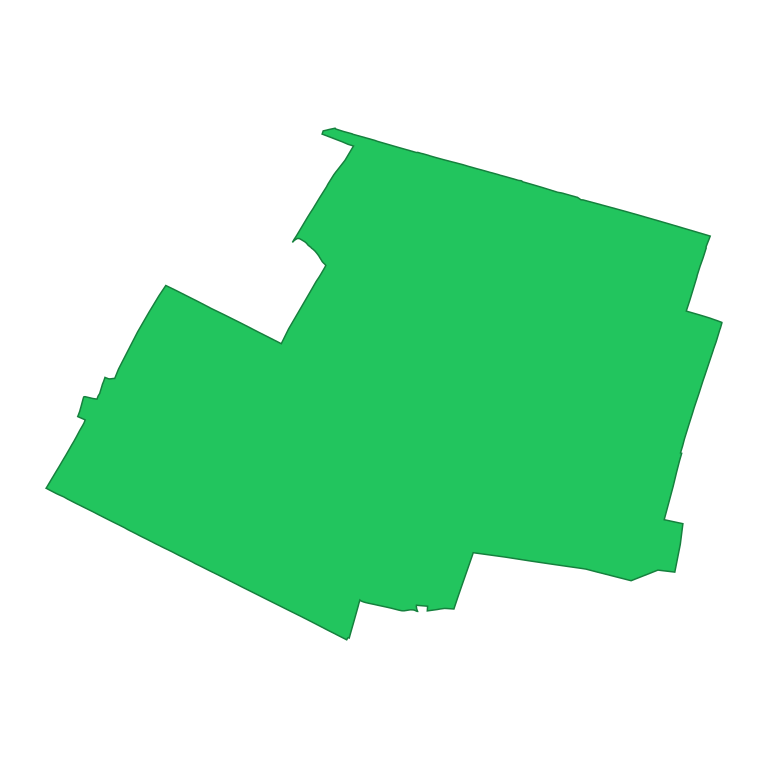 the district of Teslui, Dolj, Romania
{"feature_id": "2599482B26570302322271", "entity_name": "Teslui", "entity_type": "district", "adm_level": 2, "iso_a3": "ROU", "parent_name": "Romania", "parent_adm1": "Dolj", "projection": "equal_earth", "projection_center": [24.149, 44.204], "detail": "fine", "context": "isolated", "style": "filled", "palette": "green", "viewbox_px": 768, "rotation_deg": 0, "n_neighbors": 0, "source": "geoboundaries", "source_scale": "gbopen_adm2", "svg_char_len": 4322}
<svg xmlns="http://www.w3.org/2000/svg" viewBox="0 0 768 768"><path d="M674.8,572.1L680.3,544.3L682.9,523.7L664.2,519.7L668.7,503.0L673.2,486.2L676.6,472.1L679.5,460.9L681.7,453.3L680.5,452.9L682.6,446.0L684.4,439.1L688.9,424.6L692.6,412.9L694.1,407.9L698.9,393.6L703.0,380.7L705.0,374.9L713.1,350.6L713.5,349.2L716.1,341.9L716.9,339.3L719.9,329.4L720.3,328.5L721.9,322.9L721.7,322.8L721.8,322.5L721.8,322.4L720.5,321.9L718.1,321.0L717.0,320.6L714.1,319.6L712.1,318.9L710.5,318.3L705.1,316.6L704.1,316.3L703.1,316.0L698.4,314.6L686.3,311.1L686.6,310.0L689.7,300.6L690.5,298.0L697.0,276.6L697.0,276.0L700.1,266.2L702.9,258.4L704.0,255.0L706.2,248.0L706.0,247.0L708.2,241.3L709.1,239.1L710.2,236.1L668.0,223.6L647.2,217.6L625.1,211.3L604.9,205.8L583.0,199.9L582.8,199.9L581.0,199.8L577.4,197.3L576.8,197.2L564.0,193.6L563.1,193.3L560.8,192.8L557.7,192.3L542.0,187.4L535.9,185.6L531.1,184.2L522.7,181.8L521.8,181.0L521.1,180.7L518.5,180.4L513.5,178.9L512.0,178.5L507.1,177.1L502.0,175.7L499.6,175.1L499.0,174.8L491.8,172.8L490.1,172.4L488.4,171.9L484.2,170.7L481.3,169.9L477.1,168.8L474.3,168.0L471.5,167.2L468.2,166.3L465.3,165.4L462.6,164.6L461.9,164.4L460.3,164.0L455.0,162.6L452.1,161.9L447.6,160.7L446.0,160.3L443.3,159.6L437.1,157.9L435.6,157.5L434.3,157.1L432.8,156.7L431.5,156.3L429.7,155.8L429.0,155.5L428.0,155.2L426.2,154.7L423.4,153.9L422.2,153.6L421.2,153.4L420.2,153.1L419.2,152.8L417.8,152.4L416.3,152.5L399.1,147.6L377.3,141.3L374.9,140.4L353.0,134.3L352.1,133.8L343.6,131.5L336.0,129.1L335.1,128.2L332.3,128.8L329.0,129.5L326.7,130.1L323.2,130.9L322.1,134.1L342.0,141.7L348.0,144.3L353.5,146.0L345.0,160.3L336.8,170.8L335.8,172.0L333.7,174.9L328.0,184.0L326.4,187.0L319.7,197.6L315.1,205.2L313.0,208.7L310.5,212.5L308.0,216.5L305.0,221.5L301.3,227.7L296.7,235.4L295.5,237.3L294.1,239.4L292.4,242.4L294.2,240.5L295.6,239.5L297.1,238.6L298.1,238.5L299.4,238.6L300.5,239.2L304.7,241.7L306.5,243.2L308.1,245.2L309.6,246.4L310.0,246.7L310.5,247.0L311.0,247.4L311.2,247.8L311.6,248.2L313.2,249.4L315.1,251.2L316.6,253.0L317.7,254.4L319.0,256.2L319.7,257.5L320.6,258.9L321.8,260.9L322.3,261.7L323.6,263.1L324.5,263.9L325.3,264.7L325.8,265.4L324.8,267.4L321.5,273.1L319.4,276.6L316.2,281.4L310.0,292.2L297.6,313.5L288.6,328.9L281.3,343.7L258.0,331.9L241.9,323.6L241.1,323.2L223.9,314.6L211.5,308.6L197.9,301.5L184.6,294.8L175.9,290.4L165.8,285.5L159.0,295.7L149.0,312.2L137.5,332.1L118.5,369.1L114.7,378.5L114.0,378.4L112.2,378.6L111.5,378.7L110.7,378.8L110.0,378.9L109.5,378.9L108.7,378.8L108.0,378.6L106.8,378.1L105.9,377.8L105.0,377.4L103.8,380.9L103.5,381.7L103.2,382.4L102.7,383.6L102.6,383.8L102.4,384.4L101.8,386.5L100.4,391.1L99.7,393.5L98.4,395.5L97.7,397.1L97.0,399.1L92.8,398.5L87.8,397.3L85.2,396.7L84.6,396.7L83.8,396.9L83.6,397.2L83.1,398.9L80.9,407.1L80.2,409.5L79.8,411.1L78.3,415.1L77.7,416.6L83.5,419.1L85.2,419.9L84.8,420.9L84.4,422.0L83.9,423.2L82.3,426.1L81.1,428.1L79.4,431.1L76.6,436.4L75.1,439.1L73.9,441.3L71.8,444.8L69.6,448.7L65.8,455.3L63.7,458.8L58.7,467.3L56.5,470.9L51.4,479.4L46.3,488.0L46.1,488.2L48.9,489.7L52.0,491.3L56.4,493.6L59.2,494.9L63.8,496.9L67.8,499.2L76.4,503.6L84.7,507.7L91.8,511.2L99.7,515.3L112.2,521.6L124.3,527.6L127.4,529.4L130.5,531.0L136.5,534.0L138.9,535.3L143.3,537.5L146.6,539.1L150.5,541.1L156.1,544.0L163.8,547.8L172.3,551.9L176.3,554.0L179.2,555.5L186.0,558.8L192.0,561.8L195.2,563.6L201.4,566.6L209.9,570.9L223.5,577.6L241.4,586.7L248.6,590.3L270.4,601.2L306.9,619.4L327.0,629.8L339.0,635.9L346.7,639.8L347.2,638.9L347.9,637.8L348.0,637.7L348.3,637.6L348.7,637.7L349.0,637.9L349.2,638.0L349.5,637.0L349.9,635.5L351.0,631.6L354.0,621.1L354.5,619.3L358.4,605.4L358.7,604.1L359.9,600.0L360.3,600.4L361.0,600.9L362.1,601.4L363.7,602.0L365.8,602.6L367.1,602.9L368.8,603.3L374.1,604.4L378.1,605.3L386.0,607.0L390.9,608.1L398.7,610.1L401.5,610.7L402.9,610.8L404.1,610.8L406.7,610.4L409.0,610.0L410.5,609.8L412.8,609.9L414.2,610.1L415.8,610.8L417.2,611.4L417.6,611.4L416.7,609.0L416.4,606.8L416.3,606.1L416.5,605.4L416.5,605.2L418.9,605.5L427.6,606.2L427.3,610.9L437.4,609.5L440.1,609.0L443.8,608.5L444.5,608.4L446.7,608.5L453.9,609.0L457.7,597.6L460.9,588.3L472.5,555.0L473.2,552.7L505.3,557.1L530.4,561.0L548.0,563.6L568.0,566.5L580.8,568.3L586.0,569.1L597.4,572.1L631.1,580.7L657.9,570.1L674.8,572.1Z" fill="#22c55e" stroke="#15803d" stroke-width="1.5"/></svg>